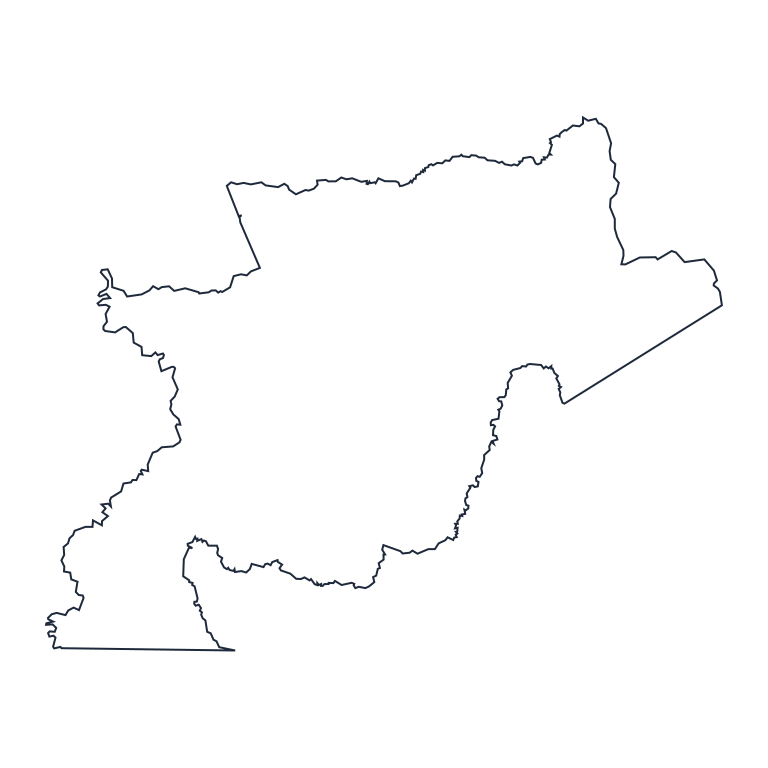 the district of San Martín, Cesar, Colombia
{"feature_id": "7082276B46554882467898", "entity_name": "San Martín", "entity_type": "district", "adm_level": 2, "iso_a3": "COL", "parent_name": "Colombia", "parent_adm1": "Cesar", "projection": "orthographic", "projection_center": [-73.563, 7.931], "detail": "fine", "context": "isolated", "style": "outline", "palette": "slate", "viewbox_px": 768, "rotation_deg": 0, "n_neighbors": 0, "source": "geoboundaries", "source_scale": "gbopen_adm2", "svg_char_len": 6081}
<svg xmlns="http://www.w3.org/2000/svg" viewBox="0 0 768 768"><path d="M107.7,269.3L101.9,270.0L100.8,272.4L108.0,280.7L107.9,286.5L106.1,289.3L99.9,292.5L98.4,295.4L100.0,296.5L106.5,293.9L110.1,298.1L103.1,299.0L97.6,303.4L99.1,305.4L105.8,304.8L109.6,306.7L105.6,314.0L107.0,321.8L103.5,326.2L103.4,329.3L105.2,331.0L115.1,332.4L123.3,327.2L125.8,327.0L132.8,333.1L133.7,342.6L141.5,346.9L142.2,355.2L151.3,356.1L155.4,352.4L157.6,355.1L162.9,353.5L163.9,355.0L162.9,358.1L159.8,359.3L158.7,361.5L161.4,371.2L171.7,366.9L173.1,366.8L174.3,367.3L175.1,368.3L172.5,377.3L177.8,389.4L174.7,396.6L170.6,400.9L171.4,404.3L170.2,409.2L173.3,414.4L178.7,419.1L180.3,424.7L176.9,424.4L175.6,426.5L180.6,439.8L179.5,442.3L173.2,446.4L161.7,447.3L157.3,451.1L152.7,452.7L147.7,464.5L148.2,471.1L141.7,469.7L140.8,471.0L142.4,474.4L139.2,474.0L136.4,480.1L132.5,480.0L130.9,482.4L123.5,483.5L121.1,491.4L111.1,497.6L109.9,500.4L110.9,506.5L108.2,503.7L101.6,504.5L105.6,508.4L102.4,512.2L107.9,516.1L102.0,521.1L101.9,525.3L93.0,520.4L92.5,526.9L85.3,526.9L74.6,530.8L73.1,535.0L69.5,538.3L68.0,543.4L63.6,547.0L64.2,554.9L61.4,560.4L64.3,566.5L64.0,571.5L70.2,572.6L71.3,579.4L77.5,581.7L75.8,591.9L78.7,595.0L82.7,595.5L83.6,597.9L79.0,610.1L73.6,607.6L68.2,610.5L65.5,615.1L56.7,612.9L51.8,614.2L48.0,617.9L48.3,619.3L53.1,621.6L46.4,623.3L46.1,624.8L52.6,624.4L56.2,627.9L54.7,631.8L49.6,631.4L48.1,633.1L49.4,636.6L53.5,635.7L55.5,637.6L53.1,646.7L54.2,648.4L60.4,646.9L61.5,648.2L235.2,650.5L219.2,647.2L216.5,641.3L213.5,639.7L210.7,633.3L207.2,631.8L205.4,620.4L202.7,618.3L201.2,614.7L201.9,612.3L199.8,610.7L201.0,608.1L198.7,604.7L195.7,605.7L194.2,603.8L194.4,601.8L196.8,601.6L197.6,598.5L194.6,586.3L192.2,585.0L192.6,582.9L189.2,582.1L189.2,580.3L183.2,576.3L183.8,559.2L189.0,547.7L192.4,548.1L187.8,545.7L187.7,543.8L192.4,542.1L195.1,536.9L195.8,538.8L197.4,538.6L197.2,540.9L201.4,539.1L202.5,541.9L204.0,540.5L205.9,541.2L208.3,545.7L216.9,545.7L218.1,549.0L217.2,553.0L218.1,555.3L222.2,558.0L221.0,561.7L224.1,567.5L226.9,569.1L228.2,567.8L229.6,570.0L233.5,570.9L234.5,569.2L234.9,572.0L241.4,571.1L246.2,572.5L249.9,569.0L251.7,563.9L263.5,567.1L265.2,564.2L267.6,563.6L270.6,565.2L272.2,562.1L277.5,560.1L277.8,561.9L282.1,564.6L279.5,568.2L280.9,570.4L290.4,573.7L296.2,578.8L301.0,579.0L304.5,577.4L309.6,580.4L311.0,579.1L314.7,584.2L317.3,585.1L317.3,583.0L318.9,585.0L321.1,584.0L321.0,585.9L322.7,585.9L324.4,584.1L328.6,584.0L328.7,582.9L333.4,583.1L334.9,580.9L341.6,585.0L351.6,582.8L354.3,583.9L353.7,585.5L355.4,588.1L358.9,586.8L365.3,588.1L368.9,586.5L374.3,582.1L373.1,577.1L376.2,575.6L377.8,568.9L379.9,568.0L378.7,563.2L383.6,559.6L383.5,554.6L385.1,554.5L382.2,549.7L383.4,545.1L400.5,551.2L402.6,553.5L409.7,552.7L412.4,550.6L417.5,553.7L428.4,549.1L434.9,549.1L438.6,543.4L445.4,540.2L447.6,537.3L453.2,540.0L454.2,537.6L456.7,537.1L455.7,534.6L457.4,533.5L455.9,531.8L457.2,531.5L457.6,527.8L455.0,528.4L456.1,525.2L455.2,523.8L457.8,523.8L457.3,521.4L459.6,518.5L459.8,515.6L462.2,516.0L461.7,514.5L465.2,513.9L464.4,509.6L465.7,510.4L468.3,508.4L468.4,505.6L466.3,505.1L465.0,501.0L465.5,498.3L467.4,497.2L466.7,493.4L470.4,487.7L469.3,486.2L472.9,485.3L474.6,487.0L477.8,486.4L478.5,481.9L476.3,480.9L476.0,477.9L477.5,476.2L479.7,476.8L482.2,473.2L481.3,468.2L484.2,459.6L484.1,455.1L489.7,450.0L489.2,446.4L491.3,441.9L493.6,443.7L492.5,441.0L497.4,439.5L496.3,436.0L493.0,435.2L493.3,429.7L495.1,426.4L493.5,424.9L490.9,425.2L490.7,422.5L492.1,420.1L498.5,418.7L499.4,411.3L498.3,409.8L500.7,408.6L502.3,405.4L501.2,401.4L499.1,401.2L497.6,398.8L499.5,397.2L504.4,397.1L505.8,395.1L506.3,389.4L508.1,388.4L507.7,382.9L511.9,375.7L510.4,372.4L513.1,369.9L520.4,368.0L522.2,366.1L526.1,366.5L527.3,364.6L530.0,364.0L541.1,365.0L543.7,368.4L545.9,366.5L548.6,368.3L551.3,366.1L551.2,368.5L552.6,368.5L554.4,373.0L557.9,376.0L556.3,378.4L559.5,384.3L558.8,385.8L561.0,387.0L558.7,388.9L560.3,392.4L559.8,395.2L562.5,402.8L564.5,403.6L721.9,305.3L719.9,291.9L717.9,288.5L713.7,285.5L713.9,283.5L717.0,280.4L713.9,270.6L704.3,259.4L684.6,262.1L676.0,252.5L671.7,251.0L657.6,259.4L655.6,257.2L639.8,257.5L625.4,264.4L621.4,264.3L623.5,255.8L623.3,250.0L617.1,236.9L614.8,228.6L614.8,218.9L610.0,207.2L610.6,199.0L616.1,193.6L618.8,182.8L613.9,177.1L615.3,164.1L610.8,159.8L609.6,151.1L611.1,143.3L606.0,128.1L601.1,123.9L598.5,123.4L595.8,118.8L588.2,120.7L583.0,117.5L583.0,123.5L579.4,126.3L572.9,125.5L566.4,130.6L564.8,130.0L562.0,131.9L559.7,134.1L559.5,136.7L556.9,135.6L549.8,139.1L551.0,142.2L550.0,143.1L551.9,144.8L549.3,153.0L550.9,154.6L548.6,154.6L546.9,157.6L543.9,157.3L544.8,159.5L541.7,159.7L541.1,162.9L537.8,164.4L535.6,163.5L533.0,157.9L530.5,156.9L523.2,158.1L522.1,161.3L519.3,161.6L520.0,162.9L517.4,165.5L513.9,164.4L511.5,165.5L504.9,164.3L502.0,161.7L499.1,162.9L495.0,160.8L487.5,160.3L484.6,157.7L478.7,157.3L476.2,155.6L471.3,155.2L469.4,157.1L462.7,156.2L461.5,154.7L459.3,156.3L452.6,156.8L449.5,160.9L445.3,160.4L442.3,163.3L437.2,162.9L433.0,165.4L431.3,164.2L428.7,165.2L428.3,167.0L425.0,168.1L424.9,170.7L423.1,169.9L423.2,172.1L421.1,171.5L420.2,173.8L416.2,175.2L415.6,178.8L413.9,178.6L412.0,182.4L410.8,180.7L408.9,183.2L402.9,185.6L399.9,186.1L398.4,182.5L395.7,181.3L384.9,181.2L378.4,178.3L375.6,183.3L374.6,182.3L370.2,183.2L369.4,181.6L367.9,184.2L366.6,183.9L366.9,180.9L361.2,181.8L352.2,178.3L346.5,179.3L341.3,177.5L335.9,181.3L328.4,181.4L325.9,179.9L317.0,180.6L317.6,184.7L313.9,188.7L308.6,190.6L305.5,190.0L295.9,194.3L289.1,189.6L287.7,186.1L284.3,183.8L278.1,187.1L265.6,185.4L261.4,182.3L250.9,184.4L243.6,182.9L237.0,184.2L231.1,182.3L226.8,185.9L239.3,217.7L239.1,216.0L241.6,215.3L239.5,216.8L240.3,222.4L259.9,267.9L250.9,271.4L246.8,275.4L241.0,274.3L233.7,276.1L230.1,287.3L222.2,292.0L220.5,291.2L218.2,292.6L215.7,290.4L211.5,290.5L208.7,292.3L199.2,293.5L198.6,292.2L185.2,288.3L174.2,290.9L169.1,286.3L161.8,287.1L158.4,289.2L153.1,286.2L149.4,290.4L141.7,294.4L127.1,296.5L123.6,290.8L112.2,287.2L112.0,278.5L107.7,269.3Z" fill="none" stroke="#1e293b" stroke-width="2"/></svg>